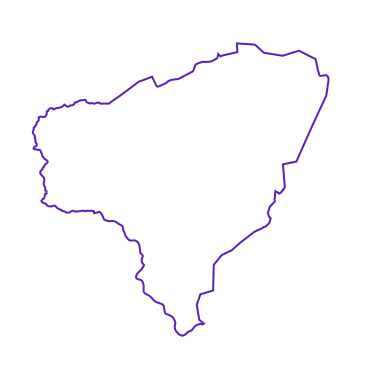 Formosa do Rio Preto, Bahia, Brazil, rotated 172°
{"feature_id": "56859067B17648013689335", "entity_name": "Formosa do Rio Preto", "entity_type": "district", "adm_level": 2, "iso_a3": "BRA", "parent_name": "Brazil", "parent_adm1": "Bahia", "projection": "orthographic", "projection_center": [-45.652, -10.857], "detail": "fine", "context": "isolated", "style": "outline", "palette": "violet", "viewbox_px": 384, "rotation_deg": 172, "n_neighbors": 0, "source": "geoboundaries", "source_scale": "gbopen_adm2", "svg_char_len": 6064}
<svg xmlns="http://www.w3.org/2000/svg" viewBox="0 0 384 384"><g transform="rotate(172 192 192)"><path d="M126.8,332.9L127.0,331.6L127.6,324.2L143.2,322.9L144.9,322.2L146.8,325.0L148.1,321.5L148.5,321.0L149.1,320.7L154.3,318.8L157.4,318.6L163.4,319.4L164.5,319.3L169.9,318.1L170.6,317.7L171.1,317.1L173.3,313.0L173.9,311.9L174.5,311.3L189.8,305.8L195.6,305.9L196.7,305.8L199.3,305.4L200.1,305.0L202.2,303.7L202.8,303.4L210.1,301.2L210.9,301.1L211.8,301.3L212.5,302.1L215.5,311.7L229.4,308.6L249.6,297.5L259.8,292.4L261.8,291.1L270.7,292.3L271.5,293.4L272.2,293.5L272.9,293.6L273.7,293.6L275.4,293.2L276.3,293.1L276.9,293.2L277.6,293.3L278.6,293.9L280.3,294.1L280.9,293.8L283.8,295.6L284.7,298.1L288.1,298.1L289.7,298.4L290.5,298.0L291.1,298.0L293.2,297.3L293.7,296.9L294.3,296.8L295.3,297.0L295.9,296.5L296.5,295.4L297.0,295.0L298.0,294.7L298.5,294.6L299.2,294.6L299.8,294.7L300.5,294.6L302.3,293.8L303.1,293.8L303.9,294.1L304.4,294.6L305.2,295.2L305.5,295.6L306.3,296.3L306.9,295.7L307.3,295.3L308.0,294.9L308.7,294.5L310.5,294.1L311.6,293.9L312.8,293.9L315.2,293.8L316.0,293.6L316.7,293.3L317.4,293.1L317.9,293.5L318.3,294.0L318.9,294.4L319.7,294.6L320.4,294.6L321.3,294.4L321.9,294.1L322.5,293.7L322.9,293.1L323.0,292.5L323.4,292.1L324.3,292.0L324.8,291.6L325.0,289.6L325.3,288.9L326.0,288.2L326.8,287.1L327.5,287.0L328.3,286.9L329.2,287.0L329.8,287.2L330.4,287.4L331.1,287.7L331.7,287.7L332.8,287.5L333.5,287.2L333.4,286.1L333.7,285.5L334.0,284.1L335.3,283.0L335.9,282.6L336.2,282.0L336.4,281.2L337.1,280.0L337.7,279.6L338.1,279.2L338.4,278.6L338.8,278.2L339.3,278.1L339.8,277.6L340.0,276.0L340.2,275.4L340.7,275.0L341.0,274.4L341.3,273.9L341.2,273.0L341.1,271.9L340.1,270.4L339.9,269.5L340.0,268.6L339.8,267.7L340.2,267.2L340.3,266.6L339.7,265.3L339.7,264.7L339.8,264.2L340.0,263.6L339.9,262.9L339.7,262.3L339.2,261.8L339.0,261.1L339.2,260.2L339.6,259.6L340.1,259.0L341.7,258.7L342.2,258.3L342.6,257.7L342.8,257.1L342.5,256.5L341.7,256.3L341.1,255.9L340.4,255.9L339.2,255.3L338.3,255.1L337.6,255.0L336.9,254.9L336.4,254.3L336.2,253.7L336.1,252.5L335.9,252.0L335.6,251.4L335.4,250.7L335.4,250.1L335.3,249.5L335.2,248.7L334.9,247.9L334.0,246.6L333.8,246.1L333.5,245.5L333.0,245.1L332.6,244.6L332.0,244.2L330.9,242.9L330.7,242.0L331.1,241.3L332.1,240.5L333.4,239.9L333.6,239.4L334.3,238.8L334.7,238.2L335.3,237.9L335.3,237.4L336.2,236.7L336.7,236.3L336.8,235.6L337.3,235.1L337.9,234.7L339.3,233.5L339.3,232.8L339.7,232.1L339.6,231.2L339.2,230.5L338.7,230.0L338.0,228.7L337.0,227.5L336.7,226.7L336.5,225.8L336.7,224.3L336.9,223.7L336.9,223.1L337.7,221.4L337.6,220.6L337.8,220.0L337.3,218.3L336.8,217.2L336.7,216.0L337.0,215.4L337.1,214.7L337.0,213.8L335.9,213.1L336.0,212.4L336.2,211.8L336.2,210.8L336.8,210.5L337.5,210.5L338.1,210.2L338.3,208.7L338.6,207.7L339.0,206.9L339.6,206.1L340.2,205.9L340.8,205.9L341.3,205.3L341.9,204.8L342.4,204.1L341.7,202.6L340.9,202.2L340.6,201.7L340.0,201.6L338.1,200.3L337.8,199.9L337.2,198.7L336.6,198.2L335.5,197.7L333.0,197.2L331.9,197.7L331.1,197.7L329.1,197.2L328.7,196.4L328.3,195.5L327.4,194.8L326.6,193.9L325.5,193.0L324.1,192.7L323.5,191.6L322.9,191.1L320.9,190.5L319.7,189.4L318.8,188.9L317.1,188.8L316.3,188.8L315.3,189.1L314.7,189.5L313.4,190.0L312.7,190.1L311.7,189.4L310.8,189.0L309.4,189.0L308.8,188.7L307.8,188.6L306.4,188.7L304.6,188.6L303.0,188.7L301.8,188.5L300.7,187.8L300.1,188.1L299.2,188.2L297.8,187.7L296.6,187.7L295.7,187.6L295.1,187.4L294.4,187.5L293.3,187.1L292.3,186.9L291.8,186.2L291.8,185.6L291.9,184.7L290.8,184.6L288.8,184.9L286.7,185.4L284.8,183.5L284.4,182.2L283.6,180.1L283.1,177.6L282.8,177.0L281.9,176.2L280.9,175.9L279.6,175.1L278.9,174.8L277.8,174.6L274.4,174.3L272.8,173.8L271.3,172.8L269.0,170.6L266.3,168.6L265.8,168.0L265.4,166.7L265.4,163.8L264.9,162.6L264.4,160.9L264.4,159.9L264.1,158.6L263.7,157.4L262.7,155.5L261.2,153.3L260.2,152.7L258.7,152.3L256.0,152.2L255.1,151.9L253.7,150.9L252.9,150.0L252.4,149.4L251.8,147.9L251.5,146.5L251.6,139.3L251.4,138.5L250.9,137.8L249.9,136.5L249.7,135.6L249.8,134.6L250.9,132.9L251.3,131.5L251.4,130.5L251.4,129.8L251.2,129.0L250.9,128.3L250.4,127.5L249.9,126.9L249.7,126.4L249.9,125.7L250.7,125.0L251.1,124.4L252.7,122.6L254.5,121.1L256.6,119.7L257.7,118.6L258.4,117.8L258.7,117.2L259.2,115.9L259.3,115.0L259.2,114.5L258.7,114.0L258.2,113.6L257.7,113.2L256.8,112.7L255.0,112.1L254.6,111.7L253.9,111.0L253.5,109.9L253.1,108.6L252.9,106.7L253.0,105.0L253.6,101.6L253.7,100.4L253.5,99.6L252.9,98.3L251.1,96.9L249.5,95.8L248.0,94.4L246.6,92.7L244.9,90.0L242.8,88.1L241.7,87.4L240.4,86.9L239.6,86.3L237.3,85.2L236.8,84.6L236.0,83.4L235.8,82.8L235.7,79.8L235.8,79.0L235.7,77.2L235.6,76.6L235.0,75.1L234.2,74.6L232.1,73.5L230.4,72.4L229.5,71.6L228.4,70.4L227.5,68.6L226.8,65.9L226.7,64.7L227.1,63.2L227.6,61.9L227.9,60.8L227.9,59.8L227.8,58.3L227.5,57.0L225.3,53.6L224.5,52.7L222.7,51.5L221.7,51.1L220.7,51.1L219.6,51.4L217.8,52.3L216.0,53.5L214.2,54.5L213.5,54.6L212.6,54.6L212.0,55.0L210.8,55.7L210.4,56.1L208.6,58.1L206.9,59.1L204.7,59.9L203.0,60.2L202.2,60.2L201.3,60.1L200.7,59.5L199.8,59.4L199.1,59.7L198.5,60.0L202.6,64.4L203.0,79.5L198.0,89.5L184.8,91.5L180.6,116.7L180.1,117.3L171.3,125.4L160.5,128.9L152.1,134.6L136.2,143.7L132.7,144.9L132.1,145.0L127.4,146.4L126.0,147.4L123.9,147.5L120.0,150.3L117.7,154.9L118.1,155.6L119.3,157.0L119.7,160.8L116.9,166.7L112.5,170.1L111.6,170.7L111.2,171.5L111.3,172.2L111.3,172.9L111.2,173.5L111.0,174.0L110.6,175.5L110.5,176.2L110.1,178.3L109.3,181.2L108.7,180.6L108.1,180.1L107.5,180.0L107.2,179.4L106.6,179.2L106.3,178.6L105.8,178.2L104.8,178.7L104.1,179.2L103.3,179.7L102.9,180.3L102.1,180.7L101.6,181.1L101.6,181.8L100.7,182.3L100.0,183.1L99.4,183.6L98.1,206.7L84.4,207.6L63.9,240.5L54.5,255.1L51.2,260.1L50.3,261.6L45.8,268.4L45.5,269.1L41.4,283.2L41.2,284.0L41.2,287.0L41.7,287.7L42.2,288.4L43.0,289.1L45.6,289.1L48.8,289.1L49.5,289.6L50.1,293.5L50.4,295.6L51.0,305.5L51.2,306.4L51.7,306.8L66.3,316.9L67.0,317.0L83.0,314.3L83.8,314.5L90.8,316.6L101.4,319.9L102.0,320.6L103.6,322.5L108.7,328.7L109.3,329.1L114.0,330.2L119.3,331.3L126.8,332.9Z" fill="none" stroke="#5b21b6" stroke-width="2"/></g></svg>